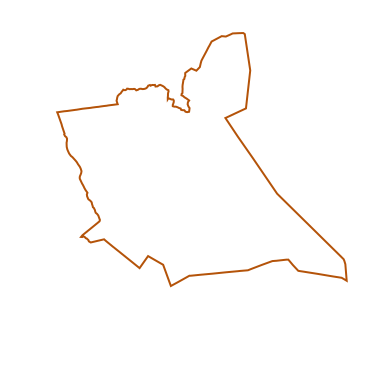 San Martín Peras, Oaxaca, Mexico (orthographic projection), rotated 160°
{"feature_id": "50627088B75957379157629", "entity_name": "San Martín Peras", "entity_type": "district", "adm_level": 2, "iso_a3": "MEX", "parent_name": "Mexico", "parent_adm1": "Oaxaca", "projection": "orthographic", "projection_center": [-98.226, 17.372], "detail": "fine", "context": "isolated", "style": "outline", "palette": "amber", "viewbox_px": 384, "rotation_deg": 160, "n_neighbors": 0, "source": "geoboundaries", "source_scale": "gbopen_adm2", "svg_char_len": 3216}
<svg xmlns="http://www.w3.org/2000/svg" viewBox="0 0 384 384"><g transform="rotate(160 192 192)"><path d="M89.4,323.8L93.2,325.1L99.6,327.1L101.4,326.9L107.0,326.5L110.8,328.3L113.5,327.9L122.1,326.7L125.9,323.3L127.0,322.4L130.1,319.5L136.0,314.2L138.2,312.2L139.7,310.1L141.9,306.7L146.4,304.5L150.4,308.3L157.6,306.2L158.0,305.4L158.6,303.4L159.6,302.5L160.6,300.8L161.6,300.5L162.4,299.0L163.1,297.7L164.2,295.8L165.0,294.0L165.6,292.0L166.3,290.4L167.1,288.3L168.2,287.7L168.8,286.5L167.6,285.3L166.7,283.6L165.1,281.6L163.4,279.0L165.1,277.8L166.1,275.9L166.1,273.5L165.6,271.7L166.7,269.5L167.3,268.4L169.3,268.7L170.7,269.7L171.2,271.4L173.2,272.3L174.1,272.9L174.1,274.3L175.5,275.4L176.4,276.4L177.8,277.6L179.5,278.3L180.7,279.2L180.3,280.4L179.4,281.4L178.3,282.9L177.8,284.3L178.1,285.4L179.5,285.9L180.3,286.5L182.1,288.2L183.0,287.5L182.4,289.2L181.7,290.6L181.1,292.2L180.6,293.2L179.6,294.6L179.4,295.8L180.6,296.9L181.2,297.9L181.6,298.7L181.9,299.7L182.8,301.1L184.2,302.6L185.3,303.6L186.8,303.6L188.3,303.1L190.2,303.6L190.2,305.3L191.4,305.6L192.8,306.2L194.6,306.1L194.9,306.9L196.8,306.9L197.7,306.1L199.3,305.2L201.0,305.1L202.2,305.3L203.5,305.7L204.6,306.5L206.2,306.9L208.0,306.5L209.6,306.6L210.3,308.1L211.1,308.7L213.0,309.1L213.8,309.5L215.8,310.1L216.4,310.7L217.6,311.3L218.5,310.7L219.7,310.5L221.0,311.0L221.6,311.6L222.6,310.9L223.4,310.5L224.1,310.0L225.3,309.1L226.9,308.7L229.0,307.6L230.1,306.1L230.7,305.0L231.7,303.5L231.8,300.0L231.8,299.9L235.9,300.8L240.2,301.8L241.2,302.0L242.9,302.3L244.9,302.8L248.1,303.5L248.6,303.6L250.7,304.0L253.0,304.6L256.6,305.4L258.7,305.8L260.3,306.2L260.8,306.3L261.9,306.6L266.5,307.7L272.4,308.8L273.2,309.0L281.5,310.8L284.6,311.6L291.4,313.0L291.3,310.8L291.4,300.1L291.6,298.5L291.8,290.4L292.4,289.9L292.2,288.0L291.3,286.4L291.2,284.8L292.1,282.7L293.0,281.2L293.8,278.8L294.3,277.2L294.6,274.6L294.5,272.7L294.3,270.2L293.5,267.4L292.4,265.6L291.6,263.6L290.7,261.4L290.0,259.3L289.6,257.0L288.8,254.2L288.6,252.1L288.7,249.4L289.7,247.6L291.2,245.9L292.0,245.1L292.7,243.7L292.9,242.7L292.4,237.4L292.1,236.0L291.8,233.4L291.8,232.9L291.4,230.4L290.5,227.0L291.6,225.8L292.1,223.5L291.9,222.6L292.0,221.6L291.8,220.5L291.3,219.8L290.5,218.5L289.8,216.6L290.1,214.7L290.1,213.1L290.3,211.6L289.7,210.6L289.5,208.9L289.4,208.0L289.6,207.0L289.6,205.4L288.7,203.9L288.1,202.0L288.1,199.7L288.1,198.4L288.1,197.2L288.9,196.1L297.4,193.1L309.6,188.9L311.6,187.7L310.5,187.2L309.1,187.4L308.2,186.4L307.6,184.9L306.9,184.4L305.8,182.2L305.8,180.9L304.9,179.8L304.4,179.2L297.5,178.4L290.8,177.6L290.7,177.4L289.8,175.7L285.3,168.1L282.3,163.2L274.9,151.0L273.2,148.2L267.3,138.4L255.2,146.8L245.2,134.9L244.0,133.5L244.0,110.9L236.7,112.0L234.8,112.3L224.9,113.9L223.1,114.2L222.0,113.8L212.2,111.3L200.1,108.1L187.8,105.0L175.6,101.8L173.9,101.4L166.2,99.3L163.4,99.4L151.2,99.6L140.1,99.6L139.0,99.3L136.2,98.5L126.7,96.2L124.6,95.5L122.2,88.9L119.1,81.6L118.1,81.0L114.6,79.1L110.1,76.6L102.3,72.3L90.3,65.5L87.8,64.1L80.7,60.2L77.0,55.7L72.6,71.7L72.4,75.3L72.5,77.0L112.6,161.3L123.1,202.5L130.0,228.4L135.3,250.1L112.7,252.1L105.5,266.6L95.7,286.3L88.4,322.3L89.4,323.8Z" fill="none" stroke="#b45309" stroke-width="2"/></g></svg>